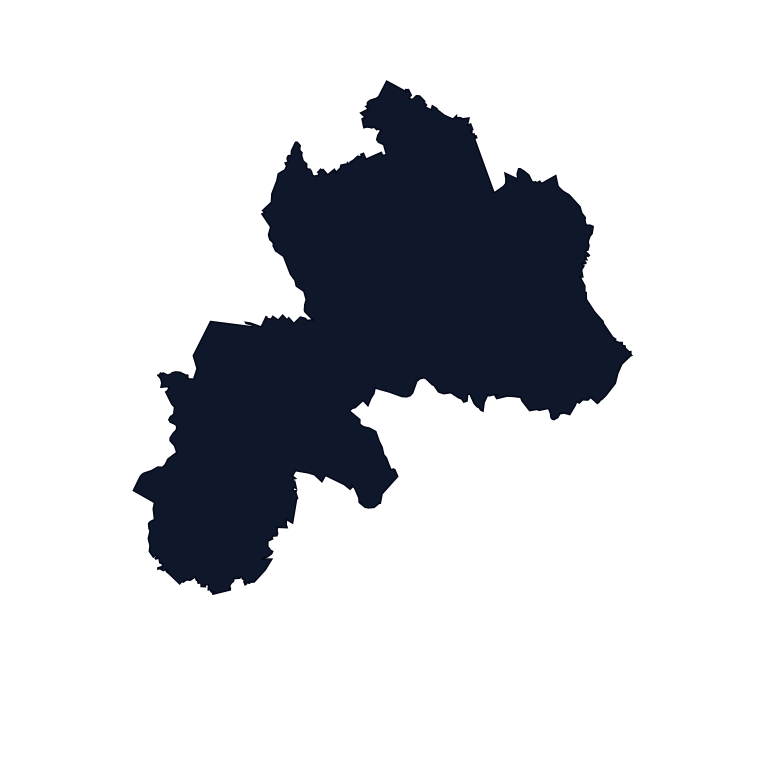 the district of Amatlán de los Reyes, Veracruz, Mexico, rotated 209°
{"feature_id": "50627088B96497314595086", "entity_name": "Amatlán de los Reyes", "entity_type": "district", "adm_level": 2, "iso_a3": "MEX", "parent_name": "Mexico", "parent_adm1": "Veracruz", "projection": "albers", "projection_center": [-96.873, 18.873], "detail": "fine", "context": "isolated", "style": "filled", "palette": "ink", "viewbox_px": 768, "rotation_deg": 209, "n_neighbors": 0, "source": "geoboundaries", "source_scale": "gbopen_adm2", "svg_char_len": 6159}
<svg xmlns="http://www.w3.org/2000/svg" viewBox="0 0 768 768"><g transform="rotate(209 384 384)"><path d="M483.2,114.4L479.7,113.8L465.8,110.1L465.2,113.0L463.4,113.5L461.9,116.8L458.1,118.6L455.7,123.7L452.9,121.4L452.2,122.0L449.9,119.6L447.7,121.6L445.8,118.2L441.9,120.1L443.1,121.6L440.2,123.5L437.9,118.7L435.9,120.1L435.2,118.9L434.0,118.4L431.5,119.9L432.3,117.6L431.7,117.2L418.6,129.4L419.4,131.0L420.0,130.6L421.1,133.3L421.1,135.7L420.0,138.5L420.9,141.0L416.0,144.2L415.5,147.0L414.4,146.7L413.7,145.1L410.0,144.5L410.7,143.1L408.1,141.0L407.4,142.4L408.5,143.2L405.0,144.6L405.9,146.2L404.1,146.2L401.5,148.0L397.7,164.1L397.2,176.5L405.1,172.2L404.3,174.4L402.3,175.9L400.0,181.0L400.2,183.6L402.8,183.6L406.9,185.6L409.4,190.3L406.3,194.5L407.6,195.5L407.3,197.2L404.1,199.3L404.5,201.6L406.5,204.0L407.7,207.0L399.0,211.4L401.5,213.7L403.6,218.3L396.5,218.0L404.7,241.2L404.1,242.0L408.7,246.6L409.0,248.3L410.8,246.9L412.6,247.6L412.6,250.0L410.0,250.1L415.0,255.7L416.2,255.1L417.3,255.7L417.5,256.7L415.5,258.5L419.4,259.2L419.3,265.3L406.8,269.7L400.7,270.9L390.9,268.4L390.9,275.7L370.0,276.8L362.6,275.5L361.8,278.6L362.7,279.9L358.9,278.5L350.7,272.1L348.3,268.4L340.9,267.0L337.5,268.1L332.8,271.3L330.4,277.5L329.4,277.9L332.4,287.0L327.2,309.8L333.1,314.4L334.5,314.2L336.5,312.4L346.2,320.6L349.9,322.0L355.1,327.9L360.4,331.5L368.1,338.4L375.1,338.4L381.1,336.7L384.0,336.9L385.7,337.2L387.9,341.2L401.1,343.6L400.1,347.1L397.7,349.4L394.3,359.5L387.5,357.2L388.5,364.8L388.2,370.9L389.9,376.1L375.4,379.6L362.3,381.7L357.9,383.8L355.5,386.4L354.6,390.1L356.6,402.2L355.1,406.1L352.0,408.8L349.7,409.0L341.2,406.7L340.9,407.6L332.5,403.5L327.2,404.4L321.3,408.8L312.0,408.1L309.0,408.6L305.5,406.8L303.1,409.3L305.9,415.6L303.9,416.8L295.7,410.6L291.5,409.2L289.5,409.5L286.9,408.1L284.2,408.2L287.4,416.3L288.0,424.4L286.3,424.6L281.1,429.3L279.6,429.3L281.1,427.5L278.3,425.9L270.5,433.1L263.5,436.5L264.1,437.2L263.1,436.5L258.0,438.6L255.0,436.1L243.7,431.3L238.0,435.9L235.5,436.2L228.3,442.4L224.2,439.1L221.8,435.7L219.9,434.8L218.0,435.3L215.8,438.8L215.7,443.3L212.4,445.9L206.7,447.3L206.4,458.1L206.9,461.8L203.9,462.0L202.6,466.5L197.9,468.8L196.7,472.5L188.0,470.4L187.0,472.8L187.0,475.2L186.1,475.7L184.4,481.3L182.0,496.6L184.7,506.7L185.6,516.7L182.1,528.0L181.2,529.1L182.3,529.4L183.8,532.0L185.1,531.0L190.3,532.3L191.6,534.1L194.2,533.3L195.8,535.8L198.6,534.2L201.6,533.9L204.2,534.8L203.5,535.6L206.6,535.8L221.3,543.2L222.7,544.9L234.6,549.1L248.0,556.1L251.5,562.1L253.4,561.3L253.0,561.8L255.8,567.1L264.4,572.7L262.0,574.0L266.5,579.5L266.3,584.0L266.9,584.8L268.6,584.1L269.2,585.6L266.1,587.1L266.0,587.8L268.6,588.9L268.5,590.3L266.8,591.0L269.5,592.7L268.9,593.0L269.7,594.2L267.1,594.7L266.8,596.2L272.8,597.8L270.6,600.0L271.9,604.8L273.4,605.9L274.7,608.3L275.5,613.1L274.9,616.4L277.4,623.2L280.9,622.8L283.8,621.1L284.8,621.6L287.3,624.1L288.7,627.2L293.9,629.4L298.5,634.0L313.8,639.2L320.8,639.4L326.4,640.8L328.1,641.8L334.8,649.6L343.3,635.8L346.1,636.9L348.0,633.9L349.5,634.4L350.3,633.4L352.6,632.7L358.6,637.0L364.7,638.1L369.3,638.3L370.6,637.5L369.4,632.3L366.9,628.9L367.3,628.0L380.5,627.1L376.7,622.4L374.7,618.2L375.3,614.8L380.3,604.5L423.7,642.4L422.3,644.4L423.9,645.7L424.8,644.7L426.5,646.4L427.5,645.1L429.3,646.5L430.3,646.3L429.6,647.7L430.6,648.4L429.7,649.6L434.3,653.5L436.5,650.6L438.6,657.9L444.5,653.5L445.1,654.2L446.6,653.8L449.8,652.1L450.7,653.8L452.1,649.1L461.4,648.3L470.8,649.7L471.1,650.5L476.6,650.8L475.6,646.6L482.3,646.3L482.1,648.7L485.3,649.6L485.3,651.0L492.5,653.2L495.5,651.8L496.8,647.2L497.9,646.1L501.0,646.6L500.2,649.8L505.3,653.4L507.7,652.0L506.8,650.4L528.5,650.2L528.0,632.7L529.3,630.0L533.3,625.9L534.7,623.3L534.8,621.7L533.3,619.3L534.5,618.0L531.0,616.9L535.9,609.7L529.9,608.2L531.7,605.2L525.9,598.4L522.9,600.9L518.6,602.2L517.6,603.9L513.6,602.9L512.3,604.4L509.7,604.1L510.0,598.9L508.9,594.2L506.1,592.8L500.4,593.2L493.4,586.1L493.7,585.0L496.3,583.3L498.6,585.3L508.8,571.9L513.8,575.8L515.6,573.6L513.7,571.8L517.5,570.4L519.6,564.1L521.1,562.1L520.5,561.5L522.4,558.8L523.7,560.7L522.7,558.9L527.8,554.5L526.9,551.6L528.6,546.0L531.5,547.8L534.7,539.7L541.3,542.1L541.9,540.7L543.5,541.2L544.6,537.0L543.0,536.8L542.7,534.9L541.7,535.2L545.8,532.0L547.6,531.9L550.7,534.9L553.0,536.0L554.8,535.0L556.4,535.5L558.3,539.0L562.8,539.9L566.8,543.8L567.8,546.5L571.2,547.7L572.9,551.9L577.2,553.4L578.6,552.5L578.0,543.2L575.9,538.7L578.3,537.4L578.5,536.0L578.0,534.0L575.4,531.6L577.7,529.4L574.8,527.3L574.5,523.2L578.4,516.6L576.3,510.0L574.3,496.0L570.6,488.4L574.3,476.8L571.4,476.3L573.2,473.5L559.3,466.4L557.4,458.7L556.6,457.6L553.7,454.8L550.0,454.0L548.3,452.5L548.1,451.2L543.4,447.9L533.7,446.9L519.0,434.6L512.1,431.5L508.2,427.1L499.0,426.2L493.0,420.1L491.7,414.9L489.4,409.9L488.2,408.8L477.3,405.6L482.1,402.3L484.4,403.3L489.6,402.0L492.2,393.2L499.4,395.8L500.0,393.1L506.0,395.1L507.5,388.6L514.0,389.3L514.3,385.8L518.8,384.5L518.8,385.7L519.8,385.7L519.1,374.4L530.5,372.5L535.1,370.8L534.1,370.1L527.4,371.9L527.1,370.1L566.0,354.6L564.5,316.3L555.5,307.4L554.3,307.2L555.0,306.8L552.8,296.0L558.1,293.4L558.7,294.7L559.9,294.1L559.5,296.2L560.6,296.5L561.3,295.7L566.1,295.5L566.7,294.5L567.5,295.4L567.8,294.7L568.6,295.1L572.1,293.6L574.9,290.9L574.8,290.0L577.5,286.9L582.6,286.6L582.5,285.2L584.7,285.3L585.2,281.9L586.8,282.3L582.0,280.5L578.8,277.2L577.5,273.0L572.6,276.5L570.1,276.7L570.1,273.2L571.1,271.2L559.7,263.4L556.1,262.4L553.4,256.0L554.1,253.1L555.0,252.3L554.9,248.4L552.4,247.0L546.6,247.5L544.4,246.1L543.4,243.0L544.6,238.3L544.9,233.0L543.6,230.7L537.2,228.4L532.1,223.7L536.6,213.6L536.3,207.3L537.4,203.7L541.6,201.7L545.4,195.4L550.8,189.6L551.9,187.4L552.4,184.9L551.6,169.3L527.3,169.1L525.3,162.9L519.5,154.9L519.3,153.8L521.8,150.2L522.2,147.8L519.7,143.9L517.4,142.1L515.2,134.5L510.3,129.2L508.1,123.9L501.9,120.8L500.8,123.8L499.2,123.3L499.8,120.8L498.8,120.3L496.4,122.6L493.4,118.9L490.9,119.3L489.2,117.2L492.6,113.5L491.9,112.4L490.7,113.8L486.5,113.8L485.0,115.7L484.0,115.2L482.8,115.8L483.2,114.4Z" fill="#0f172a" stroke="#020617" stroke-width="1.5"/></g></svg>